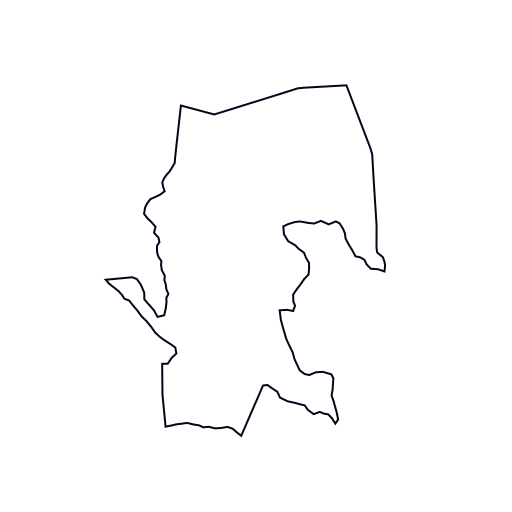 outline of Três Rios, Rio de Janeiro, Brazil, rotated 110°
{"feature_id": "56859067B77014289241824", "entity_name": "Três Rios", "entity_type": "district", "adm_level": 2, "iso_a3": "BRA", "parent_name": "Brazil", "parent_adm1": "Rio de Janeiro", "projection": "natural_earth1", "projection_center": [-43.076, -22.12], "detail": "fine", "context": "isolated", "style": "outline", "palette": "ink", "viewbox_px": 512, "rotation_deg": 110, "n_neighbors": 0, "source": "geoboundaries", "source_scale": "gbopen_adm2", "svg_char_len": 2321}
<svg xmlns="http://www.w3.org/2000/svg" viewBox="0 0 512 512"><g transform="rotate(110 256 256)"><path d="M226.6,130.0L220.8,131.4L217.2,133.5L213.7,136.4L211.3,143.3L207.0,145.6L185.9,153.2L143.0,172.0L120.9,181.5L115.8,185.2L64.7,229.4L81.2,267.9L84.1,274.0L89.1,280.5L92.5,284.9L137.3,343.7L140.3,378.0L170.6,370.7L182.5,367.8L190.9,365.7L196.6,364.2L201.8,365.2L206.5,366.2L210.2,367.8L214.7,369.0L219.0,369.2L222.8,366.9L226.4,364.0L231.3,367.2L235.1,370.9L238.7,374.7L244.2,376.4L248.4,376.8L254.7,375.6L257.8,370.7L259.7,366.2L262.9,360.4L269.0,359.8L272.1,353.9L276.0,351.5L280.2,352.5L283.7,351.3L287.2,349.7L290.4,347.1L293.1,343.2L297.0,342.1L301.5,339.7L305.7,335.0L310.1,333.8L313.4,331.2L318.0,328.8L321.7,325.3L325.9,326.0L329.7,324.4L335.9,322.9L343.1,322.0L346.9,327.7L342.1,333.1L339.3,338.1L337.4,341.7L334.9,346.1L328.7,348.5L325.7,351.2L322.1,354.7L318.4,360.1L318.3,365.0L329.7,389.1L332.2,384.7L334.1,378.9L336.0,373.2L338.6,368.3L341.2,365.0L341.2,360.0L344.6,354.6L347.9,348.7L351.9,342.8L354.5,336.9L358.6,330.0L362.4,324.6L364.5,319.7L366.2,314.4L367.2,309.9L368.2,305.5L369.6,300.5L374.9,297.5L380.3,300.3L387.4,302.1L389.4,307.3L418.2,296.5L447.3,282.6L444.1,277.3L441.4,273.3L439.1,268.6L436.4,263.7L435.6,256.5L434.6,251.7L435.0,246.9L432.6,241.9L432.0,235.6L429.6,230.1L426.3,224.2L426.3,218.8L428.3,213.7L430.0,208.4L375.3,205.1L373.3,201.1L374.9,195.4L376.3,189.5L380.9,185.0L381.7,176.6L380.7,169.2L380.3,164.1L379.7,159.1L382.8,154.8L384.9,147.7L380.7,142.7L380.9,138.3L380.1,134.0L382.5,129.1L386.4,124.1L381.5,122.9L375.8,126.4L365.8,133.5L361.2,137.3L355.4,138.3L344.4,141.5L341.4,144.8L342.0,153.6L344.8,160.0L349.6,165.2L350.3,169.9L348.5,175.8L339.8,184.5L334.1,188.5L328.3,194.5L324.1,198.7L321.0,201.1L316.9,204.1L311.5,208.0L307.5,210.8L298.9,215.2L295.9,208.1L295.0,202.3L289.4,202.3L286.1,205.3L279.5,207.9L272.2,206.0L268.6,204.8L260.8,202.7L255.5,200.3L250.3,201.6L244.5,203.7L240.4,208.6L236.5,212.0L234.5,218.8L232.5,222.8L231.1,230.8L226.0,237.2L218.8,240.5L215.2,236.9L210.8,231.1L208.5,226.4L207.1,218.5L205.6,212.5L200.8,207.0L201.4,198.5L196.2,192.8L196.8,188.5L200.8,183.4L204.2,180.3L209.1,177.7L213.5,172.8L217.6,167.6L222.3,162.4L221.6,157.6L222.6,152.7L226.0,149.2L228.7,143.7L226.7,136.8L226.6,130.0Z" fill="none" stroke="#020617" stroke-width="2"/></g></svg>